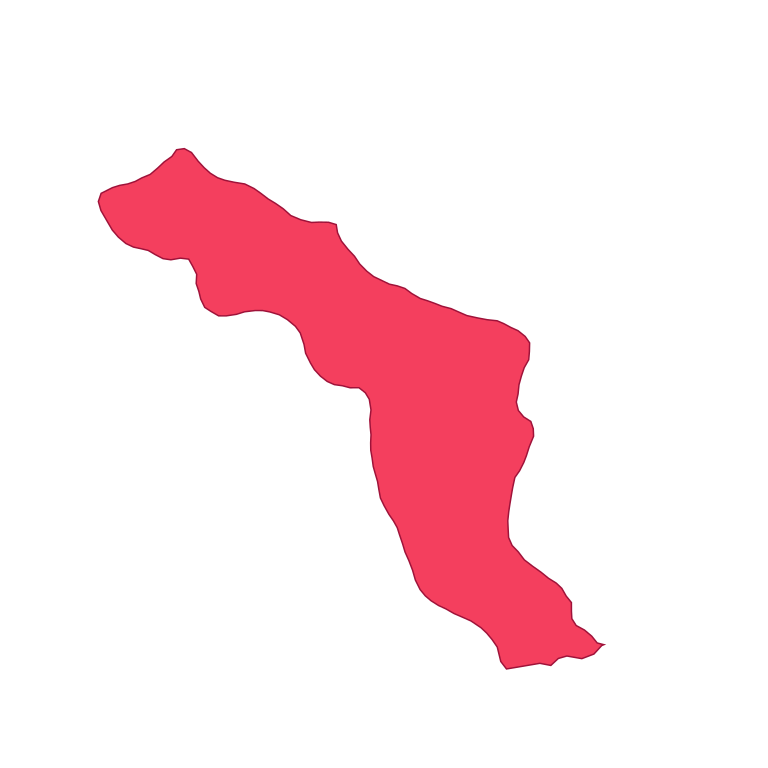 outline of III-3 Lower West Demerara, Essequibo Islands-West Demerara, Guyana, rotated 132°
{"feature_id": "73187651B37275521975426", "entity_name": "III-3 Lower West Demerara", "entity_type": "district", "adm_level": 2, "iso_a3": "GUY", "parent_name": "Guyana", "parent_adm1": "Essequibo Islands-West Demerara", "projection": "mercator", "projection_center": [-58.314, 6.498], "detail": "fine", "context": "isolated", "style": "filled", "palette": "rose", "viewbox_px": 768, "rotation_deg": 132, "n_neighbors": 0, "source": "geoboundaries", "source_scale": "gbopen_adm2", "svg_char_len": 2422}
<svg xmlns="http://www.w3.org/2000/svg" viewBox="0 0 768 768"><g transform="rotate(132 384 384)"><path d="M431.6,721.8L439.5,718.4L444.5,710.4L448.2,698.9L451.4,688.9L452.6,679.6L452.3,669.8L449.9,661.8L446.1,655.2L442.5,648.6L440.9,640.6L438.7,632.1L434.3,625.5L426.7,619.5L421.9,612.7L424.6,604.7L427.8,596.6L435.0,590.8L439.1,583.5L443.5,577.1L447.0,568.5L445.8,560.9L444.0,552.5L439.0,546.9L431.0,540.3L423.6,535.9L415.6,528.9L410.6,523.3L406.8,517.0L402.6,508.1L400.8,498.9L400.4,488.4L402.1,480.4L408.1,469.9L413.6,462.8L417.6,452.7L419.9,445.3L420.7,436.5L420.1,427.9L417.7,420.5L413.1,413.7L409.5,406.7L403.5,400.1L403.0,392.0L405.2,384.7L412.0,376.3L420.1,370.6L425.3,365.3L430.4,359.7L436.6,354.6L442.1,349.5L446.9,343.4L452.5,336.8L456.6,330.3L460.8,323.5L465.7,317.4L471.1,310.4L474.4,302.4L477.6,293.0L479.4,285.4L481.9,278.0L485.7,271.5L490.4,263.1L494.8,255.9L498.6,247.3L503.3,238.1L508.7,229.5L512.6,219.6L513.8,211.6L513.6,204.0L512.1,195.2L509.7,187.5L507.7,178.3L504.3,168.2L501.9,160.8L500.2,148.8L500.4,141.0L501.6,132.6L503.7,123.8L512.1,111.5L513.8,102.3L503.5,94.1L487.3,81.3L481.5,71.7L471.3,70.8L463.8,66.1L455.7,53.2L444.2,47.3L432.7,47.2L430.6,46.2L431.5,47.9L433.8,52.3L432.4,60.9L432.7,70.4L434.9,79.6L432.7,87.4L427.4,92.7L421.0,98.5L419.7,106.7L416.9,115.1L416.7,122.7L418.3,131.8L418.8,141.4L420.0,151.7L420.8,162.0L418.9,172.0L418.3,180.7L414.7,188.7L408.6,194.8L402.8,200.5L395.5,205.8L389.3,209.9L381.0,215.2L374.8,219.1L365.9,224.2L357.7,225.2L348.8,227.6L342.0,230.2L333.4,234.1L322.7,237.9L317.3,243.2L313.6,249.8L315.0,258.2L313.8,266.4L308.9,273.6L301.7,277.7L294.2,283.2L286.2,287.2L278.1,290.7L269.1,292.7L262.4,297.8L256.0,303.3L254.2,310.9L254.7,320.0L257.1,327.6L258.9,335.0L261.3,342.2L267.1,350.2L272.3,358.7L277.7,368.2L280.3,376.0L283.1,384.6L287.4,392.9L290.0,399.9L293.0,407.3L296.2,414.3L298.2,423.9L299.0,432.4L302.2,439.8L306.2,446.8L308.3,454.0L311.1,463.5L311.7,472.3L311.1,482.3L308.8,491.4L308.0,500.8L306.3,511.3L302.7,519.7L297.5,526.2L300.9,533.4L307.1,540.5L312.5,546.0L317.7,555.9L321.2,566.0L321.2,575.9L322.4,585.5L324.0,593.9L324.7,602.8L325.7,611.4L328.5,621.3L334.3,630.3L339.1,638.6L342.1,645.8L343.6,654.2L343.6,662.6L342.8,671.2L340.8,681.9L342.7,689.9L348.7,694.9L356.8,693.9L366.2,696.0L375.1,696.7L384.7,698.0L392.9,701.9L399.9,704.4L406.8,708.3L413.2,713.3L419.8,717.2L431.6,721.8Z" fill="#f43f5e" stroke="#9f1239" stroke-width="1.5"/></g></svg>